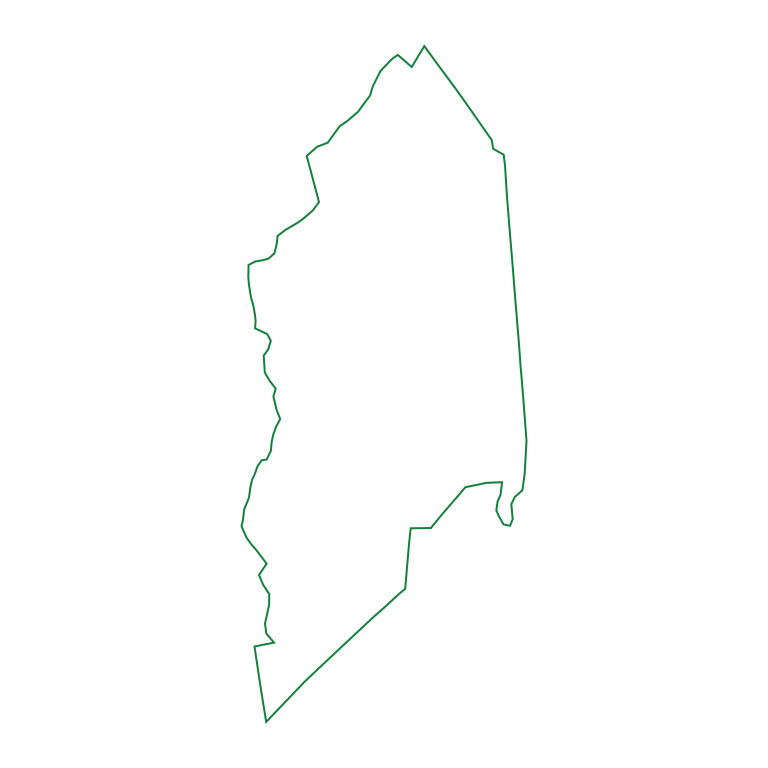 outline of São Caitano, Pernambuco, Brazil
{"feature_id": "56859067B39794301269102", "entity_name": "São Caitano", "entity_type": "district", "adm_level": 2, "iso_a3": "BRA", "parent_name": "Brazil", "parent_adm1": "Pernambuco", "projection": "equal_earth", "projection_center": [-36.162, -8.337], "detail": "fine", "context": "isolated", "style": "outline", "palette": "green", "viewbox_px": 768, "rotation_deg": 0, "n_neighbors": 0, "source": "geoboundaries", "source_scale": "gbopen_adm2", "svg_char_len": 1533}
<svg xmlns="http://www.w3.org/2000/svg" viewBox="0 0 768 768"><path d="M522.4,490.3L524.7,473.3L526.5,440.9L523.6,402.4L522.8,392.6L522.1,383.4L520.5,365.7L519.9,356.6L518.9,343.1L515.4,300.5L512.4,262.7L510.3,238.1L507.1,198.1L505.0,165.4L503.7,154.8L493.2,148.8L491.7,140.0L463.1,99.1L454.4,87.0L437.2,63.8L424.3,46.1L411.7,67.0L397.8,54.9L392.6,58.5L380.6,70.8L372.9,86.1L370.1,95.4L358.0,111.8L347.3,121.0L339.7,126.2L327.7,142.7L317.2,146.7L306.7,155.9L319.0,202.1L312.7,210.6L302.8,219.0L298.0,222.5L292.1,226.0L285.4,229.9L277.6,235.9L276.9,243.1L274.5,253.2L268.7,258.5L262.5,260.3L255.6,261.4L248.6,264.9L248.3,276.5L248.8,283.6L250.9,297.0L253.3,305.5L254.8,313.9L255.6,320.6L255.1,328.4L267.2,334.1L270.8,340.7L268.2,349.5L263.7,355.5L264.3,364.7L264.8,372.6L269.7,380.9L275.7,388.6L273.4,396.5L276.6,409.9L280.2,419.0L276.1,426.7L273.2,434.8L271.6,442.4L270.9,450.8L266.6,459.6L261.7,460.2L257.5,466.3L254.8,474.0L252.0,480.0L250.3,487.9L249.0,497.6L244.1,509.7L243.0,519.9L241.5,526.2L246.5,537.6L251.5,544.6L255.3,548.8L266.6,563.6L259.0,575.0L263.2,584.9L269.2,594.0L269.2,604.6L265.0,623.7L266.4,633.6L274.0,642.6L254.5,646.5L260.6,687.2L266.2,721.9L304.5,681.8L323.5,663.8L374.0,616.5L380.1,611.3L388.7,603.5L398.1,594.7L405.2,588.8L409.1,543.1L410.7,528.3L430.9,528.0L441.6,514.9L457.3,496.7L465.4,487.2L478.3,484.6L485.9,482.9L502.1,482.2L500.5,494.9L497.6,501.5L496.3,510.4L499.0,516.5L503.5,524.4L510.0,525.8L512.7,519.2L511.3,504.1L514.9,496.9L522.4,490.3Z" fill="none" stroke="#15803d" stroke-width="2"/></svg>